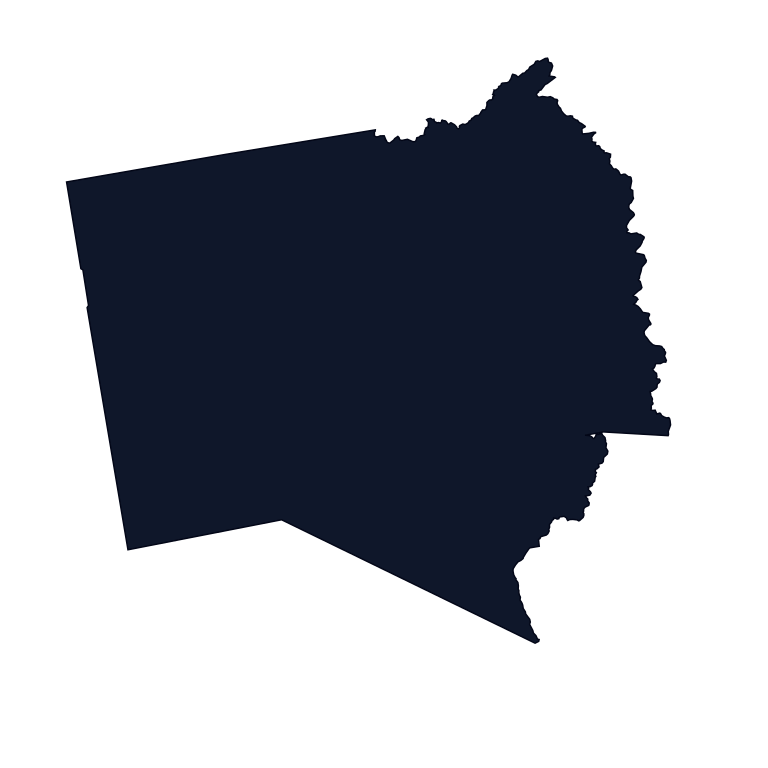 Lago Argentino, Santa Cruz, Argentina, rotated 168°
{"feature_id": "61730980B69433296380231", "entity_name": "Lago Argentino", "entity_type": "district", "adm_level": 2, "iso_a3": "ARG", "parent_name": "Argentina", "parent_adm1": "Santa Cruz", "projection": "natural_earth1", "projection_center": [-72.936, -49.654], "detail": "fine", "context": "isolated", "style": "filled", "palette": "ink", "viewbox_px": 768, "rotation_deg": 168, "n_neighbors": 0, "source": "geoboundaries", "source_scale": "gbopen_adm2", "svg_char_len": 6152}
<svg xmlns="http://www.w3.org/2000/svg" viewBox="0 0 768 768"><g transform="rotate(168 384 384)"><path d="M290.1,99.1L286.2,100.1L285.4,101.8L286.9,102.5L287.7,106.3L289.6,109.3L289.7,112.0L291.4,118.1L291.5,118.8L290.4,120.7L290.4,123.5L293.2,129.6L293.1,131.8L294.5,135.5L294.3,139.0L294.6,141.0L295.2,142.9L295.7,143.7L295.8,144.6L294.9,147.1L295.5,149.6L295.5,151.9L295.0,154.1L295.4,155.4L294.5,158.8L294.3,162.0L295.7,165.1L295.3,166.2L295.9,167.1L296.8,170.4L296.7,174.3L296.1,176.4L293.0,179.7L289.9,182.2L286.8,183.0L284.2,184.4L284.0,185.2L280.4,189.1L276.2,193.0L275.3,193.4L265.9,193.0L265.2,199.8L263.5,200.4L263.2,201.2L262.1,202.1L256.7,202.5L254.9,203.5L253.0,205.9L253.2,207.3L251.8,209.5L251.4,212.1L248.6,214.4L248.1,215.6L246.3,216.3L246.0,217.6L244.0,216.9L242.8,215.9L241.9,215.9L241.0,215.9L240.3,217.1L239.5,217.4L235.3,217.1L233.3,215.0L233.1,213.4L232.6,212.3L230.6,212.8L227.4,212.3L223.3,210.9L222.1,209.7L221.2,209.7L217.0,212.1L215.9,213.8L215.5,215.5L216.0,217.2L215.3,217.9L214.6,220.5L212.8,221.8L209.3,222.6L208.7,223.0L208.1,224.7L208.1,225.4L208.7,225.8L208.5,226.1L209.1,227.8L208.7,228.5L208.7,229.5L209.4,230.2L210.3,232.5L205.8,232.5L204.1,234.2L204.5,235.7L206.1,238.1L205.5,239.5L205.8,240.9L203.8,240.7L201.6,241.4L200.9,242.4L200.8,243.6L198.2,245.1L196.8,248.9L196.0,249.5L196.3,251.3L194.7,253.1L195.5,254.3L194.9,256.5L193.2,256.8L190.9,258.2L191.0,261.0L187.2,261.3L185.7,262.5L184.4,266.5L180.1,269.1L179.0,271.8L180.2,275.5L178.8,279.4L179.4,281.4L179.0,282.6L179.0,285.7L180.8,288.4L181.3,290.5L184.2,290.1L187.0,290.5L187.7,289.1L189.7,287.1L190.9,287.4L191.7,289.0L193.6,290.7L198.0,292.1L179.3,291.5L116.8,274.4L116.2,275.5L115.8,278.6L112.2,284.4L111.8,288.9L111.9,290.8L112.5,291.9L114.7,292.1L116.8,293.4L119.0,295.4L119.7,297.7L120.4,298.2L123.4,298.0L124.2,302.0L126.8,302.3L128.4,303.3L127.5,304.8L127.3,306.7L126.6,307.8L125.2,308.5L124.9,309.3L125.5,311.3L124.6,313.3L124.6,314.2L125.5,317.3L125.2,319.1L125.4,320.9L125.2,321.4L123.8,321.2L119.0,323.0L117.5,324.3L117.4,325.4L116.4,327.3L114.3,328.3L113.2,329.9L113.7,331.6L115.3,331.9L116.4,333.0L115.5,334.6L115.3,337.8L117.1,339.9L118.3,343.0L116.6,343.5L115.2,345.2L114.6,346.6L113.7,347.4L109.4,346.5L106.0,347.4L103.9,346.8L102.9,348.4L103.9,353.1L102.4,355.3L102.0,356.5L102.8,358.0L102.7,359.5L103.7,360.7L104.6,362.9L106.4,363.9L110.6,365.1L113.0,366.6L115.5,370.3L117.6,375.1L118.4,376.2L118.9,377.6L119.0,380.1L118.3,381.9L112.4,386.6L111.1,386.5L110.6,386.9L110.4,387.7L111.8,391.7L111.8,393.9L110.0,396.3L109.8,397.2L110.7,398.2L116.1,400.3L117.6,404.1L119.3,407.0L121.2,408.8L123.2,410.0L120.7,411.5L119.2,413.3L118.0,413.9L118.8,416.0L120.3,417.3L121.8,417.9L122.0,418.8L115.9,422.2L113.1,423.3L111.7,424.7L112.1,431.0L113.5,432.6L113.5,433.1L112.1,434.5L111.6,436.5L109.3,440.5L107.5,444.7L102.4,448.7L101.7,450.4L102.5,452.7L102.7,455.8L103.4,456.6L109.7,459.4L110.4,459.9L110.7,460.8L109.5,462.7L104.7,465.8L102.1,468.9L101.7,470.0L99.6,472.2L99.1,473.0L99.1,473.9L102.2,477.0L103.7,477.4L105.4,479.2L111.3,479.5L112.9,480.9L115.0,481.5L115.0,482.0L114.8,482.7L113.2,483.9L114.3,486.4L113.8,488.7L110.0,493.0L105.2,496.1L104.3,496.9L103.9,497.8L104.4,499.7L107.6,503.7L107.9,506.1L107.1,508.3L106.5,509.1L104.5,510.1L101.4,513.7L101.5,515.9L100.5,521.6L102.3,523.2L102.4,524.3L99.6,531.0L99.5,534.6L100.1,535.4L101.9,535.9L104.6,539.1L106.1,539.4L108.7,539.1L109.6,540.3L110.3,543.4L111.7,545.3L112.5,546.2L114.5,546.3L115.6,548.0L116.3,550.2L117.7,552.5L116.7,555.1L116.8,557.6L115.4,558.8L114.6,561.7L118.3,563.9L120.4,564.2L120.8,565.0L120.2,566.1L122.5,568.0L123.5,569.6L123.6,571.3L124.0,571.9L124.6,572.5L126.6,572.6L127.3,573.2L127.3,575.1L126.7,576.3L129.2,577.2L130.3,578.3L129.6,580.4L129.8,581.5L129.5,582.4L126.7,584.9L124.8,585.7L124.8,586.2L126.7,586.7L131.5,586.6L137.7,587.3L138.0,588.3L137.5,592.1L136.3,593.0L134.0,593.6L133.6,594.2L136.6,597.6L138.7,599.2L139.9,601.7L141.4,602.4L143.6,604.4L144.1,605.3L144.0,606.8L145.9,607.6L148.4,607.7L150.0,608.3L152.1,611.1L153.6,614.1L154.1,617.1L155.0,618.2L156.2,621.3L156.3,623.0L155.2,625.1L155.6,626.3L158.2,627.3L159.4,628.9L161.6,630.5L164.4,630.5L169.3,632.3L172.4,632.2L174.1,633.1L174.7,635.7L173.9,636.6L171.9,637.7L171.7,638.8L169.3,639.0L164.2,643.4L161.8,644.0L152.7,648.3L153.3,649.0L158.4,650.9L157.3,652.5L157.0,654.0L155.1,655.8L152.9,660.0L153.5,663.1L155.5,664.2L156.3,665.1L156.0,667.2L156.3,668.7L158.6,668.9L164.7,667.1L166.4,668.1L168.4,668.0L170.6,665.5L175.5,663.7L177.2,661.5L179.1,660.9L181.9,658.9L183.6,659.1L188.5,656.5L189.2,656.5L190.9,658.7L193.7,660.2L194.5,659.4L196.2,656.4L198.9,653.6L201.0,653.1L205.7,653.7L206.6,653.4L207.8,651.5L209.7,651.2L210.2,650.7L210.5,649.4L213.6,648.3L215.4,648.6L215.3,647.8L216.3,646.7L216.5,645.5L217.5,644.7L216.9,644.0L216.0,643.7L215.9,643.2L217.5,642.7L218.3,640.9L218.2,640.3L220.1,639.4L221.2,639.9L222.5,639.5L224.8,638.0L225.4,635.0L227.4,631.5L228.3,631.2L230.6,631.6L232.9,629.5L233.3,628.5L234.5,628.0L234.9,627.4L235.8,626.9L237.2,627.4L239.1,627.2L241.8,625.7L242.9,625.5L244.0,624.0L246.1,623.4L246.9,622.2L249.6,621.1L251.0,621.0L252.9,621.9L256.1,621.0L256.7,620.4L256.5,619.7L257.3,618.4L258.3,618.1L259.4,619.0L259.6,620.4L261.1,622.9L264.0,625.5L264.7,625.6L266.1,624.6L267.3,624.8L268.7,627.9L269.7,628.9L270.8,629.0L272.0,630.0L272.7,629.9L273.1,628.6L274.6,627.5L276.3,628.4L278.2,628.4L278.2,628.8L280.1,630.3L280.1,632.5L282.2,632.8L282.6,633.7L283.4,634.2L285.8,634.2L287.4,633.6L286.4,631.7L286.1,630.3L286.7,628.8L286.5,628.0L287.4,627.1L287.3,625.7L288.5,626.1L290.0,625.6L289.8,625.0L290.9,624.2L292.6,620.6L292.7,619.8L292.4,619.5L293.9,619.0L296.9,619.1L298.1,618.2L300.7,618.0L302.0,615.5L303.4,614.6L305.5,615.1L310.2,618.5L315.8,618.5L317.5,619.3L317.9,620.0L318.1,622.0L319.0,623.3L322.5,621.8L323.8,620.6L328.3,618.4L330.2,619.3L331.0,620.6L331.1,622.0L332.0,622.7L331.6,623.4L332.2,626.7L336.1,627.5L338.1,627.1L340.0,627.2L342.0,628.9L341.4,630.3L341.2,632.2L340.2,633.0L339.7,634.4L490.8,641.5L652.5,647.6L656.5,559.8L654.8,558.3L656.7,522.2L658.5,520.5L668.9,275.1L512.4,272.5L290.1,99.1Z" fill="#0f172a" stroke="#020617" stroke-width="1.5"/></g></svg>